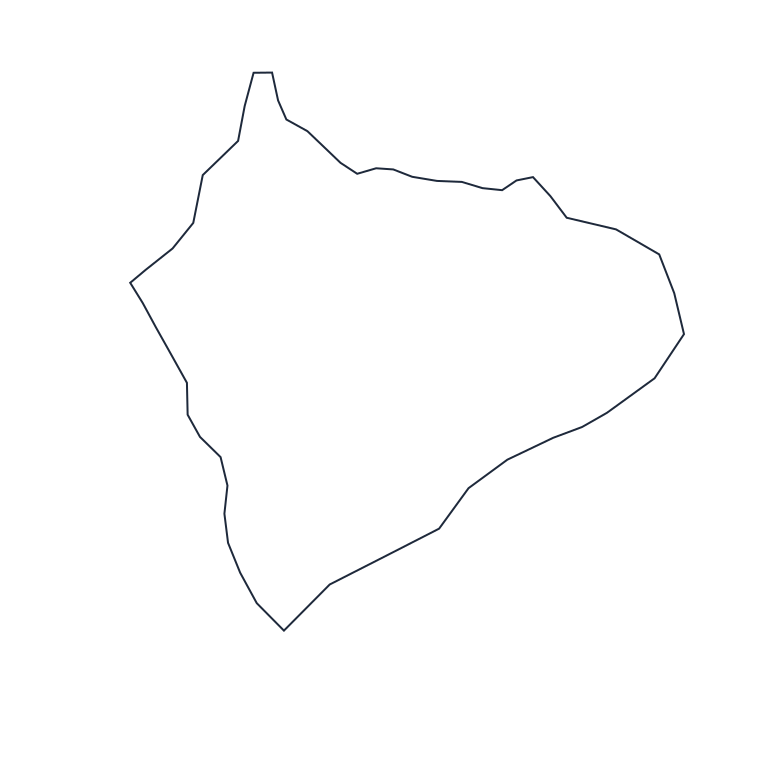 the border of Qobustan, rotated 107°
{"feature_id": "AZE-1711", "entity_name": "Qobustan", "entity_type": "District", "adm_level": 1, "iso_a3": "AZE", "parent_name": "Azerbaijan", "parent_adm1": "", "projection": "albers", "projection_center": [48.882, 40.527], "detail": "fine", "context": "isolated", "style": "outline", "palette": "slate", "viewbox_px": 768, "rotation_deg": 107, "n_neighbors": 0, "source": "natural_earth", "source_scale": "10m", "svg_char_len": 802}
<svg xmlns="http://www.w3.org/2000/svg" viewBox="0 0 768 768"><g transform="rotate(107 384 384)"><path d="M237.2,618.4L194.2,594.6L158.9,598.5L124.5,599.7L118.9,582.1L143.8,568.2L159.6,554.7L164.6,531.2L174.9,510.7L185.2,490.3L190.8,471.1L180.0,454.6L176.1,437.9L177.6,417.6L174.3,392.7L168.0,368.7L167.9,347.1L164.1,327.7L150.6,316.8L142.6,302.0L155.7,279.8L171.6,257.9L168.3,207.3L179.6,158.7L212.3,133.0L248.6,111.7L299.4,126.9L346.4,162.4L367.2,182.0L386.0,206.5L420.3,243.9L458.9,272.7L506.2,289.0L544.2,328.2L591.6,377.3L649.1,407.6L630.8,441.6L606.5,466.4L581.5,486.7L554.7,498.7L526.9,504.0L501.7,518.9L488.4,544.5L470.8,562.8L440.5,572.8L415.7,598.6L396.5,618.7L377.1,638.4L361.4,656.3L344.5,645.3L316.2,625.8L285.7,613.5L237.2,618.4Z" fill="none" stroke="#1e293b" stroke-width="2"/></g></svg>